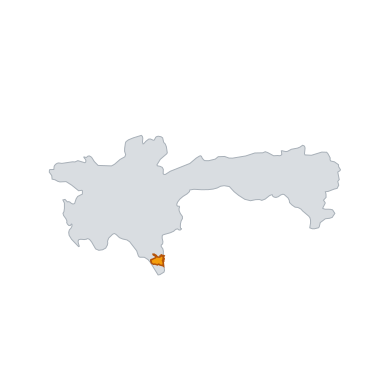 Kenethao, Xaignabouri, Laos (highlighted), rotated 305°
{"feature_id": "54806243B29120113935386", "entity_name": "Kenethao", "entity_type": "district", "adm_level": 2, "iso_a3": "LAO", "parent_name": "Laos", "parent_adm1": "Xaignabouri", "projection": "orthographic", "projection_center": [101.393, 17.858], "detail": "fine", "context": "in_parent", "style": "filled", "palette": "amber", "viewbox_px": 384, "rotation_deg": 305, "n_neighbors": 0, "source": "geoboundaries", "source_scale": "gbopen_adm2", "svg_char_len": 6590}
<svg xmlns="http://www.w3.org/2000/svg" viewBox="0 0 384 384"><g transform="rotate(305 192 192)"><path d="M139.3,66.1L140.8,69.0L148.2,76.8L149.5,78.9L152.2,80.5L154.5,87.4L155.4,87.8L156.6,87.3L157.5,86.3L158.3,83.6L158.8,83.4L159.6,85.6L161.7,86.2L162.6,87.1L162.9,88.8L162.6,90.5L160.9,94.5L159.9,99.8L167.2,111.1L170.2,112.6L177.4,114.4L182.3,116.8L184.6,116.2L186.7,113.4L189.3,111.7L194.1,109.3L195.5,109.1L198.2,110.0L202.6,112.8L209.3,118.0L209.1,119.4L207.9,120.8L204.4,122.9L203.3,124.3L204.0,124.8L207.0,125.1L210.5,126.2L211.6,127.6L212.2,130.7L212.9,131.3L216.1,130.9L217.1,131.3L218.3,132.3L219.5,134.9L219.5,136.9L216.4,140.4L216.0,142.5L214.4,145.0L210.0,149.2L208.9,149.4L200.6,147.3L194.1,147.7L193.6,148.6L194.7,151.1L195.1,153.5L194.1,155.5L190.4,157.9L190.3,159.0L191.1,160.1L196.5,162.3L214.2,173.9L222.2,176.0L225.7,177.5L226.6,178.3L226.6,179.3L225.7,180.7L225.0,183.0L225.0,184.4L225.9,185.8L227.3,187.8L232.3,192.2L235.9,193.2L239.8,198.3L241.0,202.8L242.9,205.7L252.3,215.3L260.0,221.1L264.7,227.5L267.0,228.9L267.7,231.3L268.5,238.1L271.2,241.5L271.8,242.8L273.0,243.8L274.3,244.0L276.9,241.6L277.4,242.0L278.8,245.5L279.9,246.8L284.0,248.9L288.4,253.2L290.7,254.7L293.7,255.8L294.1,257.2L293.6,258.6L292.7,259.5L287.8,262.2L287.2,263.3L290.6,268.8L299.1,275.4L301.8,279.5L301.3,281.5L299.2,285.6L297.5,286.7L297.0,288.0L298.4,291.3L298.4,296.3L296.8,297.6L295.5,300.7L294.4,301.0L291.9,300.0L286.6,305.5L284.3,305.3L281.7,308.3L278.2,308.8L275.8,306.7L270.6,303.2L268.7,301.1L267.1,303.0L264.5,304.9L260.7,304.4L259.7,307.1L259.0,307.6L254.4,308.2L253.5,308.6L254.3,311.0L257.1,315.1L258.0,317.4L256.4,321.3L251.6,321.4L249.4,319.8L246.6,316.6L240.5,314.6L236.4,316.2L235.2,316.1L232.1,313.4L230.9,311.7L230.2,309.0L234.8,306.8L237.1,305.1L238.6,303.3L239.2,301.4L239.9,293.7L240.5,291.0L240.1,287.7L238.7,285.1L238.7,281.2L239.3,278.0L241.0,276.4L242.2,274.1L242.8,269.0L242.3,267.7L240.5,266.4L237.5,265.3L235.7,263.9L234.9,262.1L234.9,260.5L235.8,259.1L233.6,257.6L228.2,256.0L225.2,254.0L224.6,251.7L222.3,248.6L218.4,244.9L216.3,239.4L216.0,232.2L216.4,226.3L217.9,219.5L215.6,214.7L213.1,212.1L209.7,210.3L206.5,207.6L203.4,204.1L199.6,198.9L195.3,192.0L192.4,189.0L190.9,189.7L187.8,189.1L183.1,187.1L179.0,186.1L175.5,186.0L173.3,186.5L172.2,187.5L172.2,188.6L173.0,189.6L172.6,190.4L170.8,191.0L169.3,192.2L167.7,194.7L166.5,198.1L164.8,199.4L162.1,199.7L159.5,200.7L156.9,202.3L155.7,203.5L155.9,204.4L155.3,204.6L154.0,204.1L153.4,203.0L153.5,201.3L152.1,200.1L149.4,199.5L146.3,197.7L140.4,192.9L139.1,192.7L137.1,194.0L134.6,196.7L132.6,197.7L130.9,197.2L129.6,198.1L128.8,200.6L127.1,202.5L119.2,207.7L112.1,214.4L110.3,215.0L105.9,213.1L104.6,211.8L110.5,198.1L111.4,194.8L111.2,190.4L108.7,186.8L108.6,185.7L109.0,184.6L112.1,180.4L115.5,169.5L115.4,166.1L113.8,162.3L113.0,158.8L113.7,154.0L113.4,152.1L111.8,151.2L106.4,150.2L103.3,151.0L101.8,152.3L100.0,153.1L96.6,153.5L93.4,151.9L90.8,149.1L90.1,145.7L93.5,138.4L94.3,135.6L94.3,134.3L93.7,132.9L92.9,132.7L91.2,131.0L89.5,128.0L88.0,126.6L86.5,126.8L85.1,128.0L82.9,130.8L82.2,130.4L84.2,120.4L86.1,116.1L88.3,114.1L90.6,113.3L93.0,113.6L95.1,113.3L96.7,112.2L96.6,111.6L94.6,111.5L93.9,110.3L94.3,108.2L95.2,106.8L96.5,106.2L97.8,104.0L99.1,100.3L100.6,98.5L102.4,98.4L105.4,96.9L109.8,93.8L111.4,90.8L113.1,92.2L112.4,95.6L113.3,96.4L113.7,97.6L113.5,99.6L113.8,101.2L114.5,102.0L115.4,102.4L120.0,101.0L122.8,100.9L127.4,103.4L130.2,101.5L130.2,100.8L128.0,98.4L128.6,89.6L128.3,82.9L124.5,78.0L123.8,76.0L123.4,72.7L122.3,70.0L125.0,67.7L126.4,63.7L128.3,62.6L128.9,62.8L131.2,65.9L134.1,64.3L136.3,64.3L138.2,65.1L139.3,66.1Z" fill="#d9dde1" stroke="#a8b0b8" stroke-width="1"/><path d="M114.9,211.2L115.0,211.1L115.2,210.9L115.2,211.0L115.3,211.0L115.4,210.8L115.5,210.7L115.6,210.4L115.8,210.3L116.0,210.3L116.2,210.2L116.1,209.9L116.2,209.7L116.4,209.6L116.6,209.7L116.8,209.7L117.0,209.6L117.3,209.4L117.5,209.2L117.6,208.9L117.8,208.9L118.0,208.8L118.2,208.6L118.2,208.4L118.3,208.4L118.5,208.4L118.7,208.5L118.8,208.7L118.8,208.8L118.9,208.6L119.0,208.6L118.9,208.3L118.9,208.2L119.1,208.0L119.2,207.9L119.3,207.9L119.5,207.9L119.7,207.7L119.4,207.5L119.2,207.5L118.9,207.6L118.7,207.4L118.8,207.2L119.1,207.2L119.3,207.2L119.3,207.3L119.4,207.2L119.5,207.1L119.8,207.3L120.0,207.2L120.1,207.3L120.1,207.2L120.3,207.1L120.4,206.9L120.5,206.8L120.7,206.7L120.8,206.6L121.0,206.5L121.1,206.4L121.2,206.5L121.0,206.8L121.3,206.8L121.4,207.0L121.3,207.3L121.2,207.4L121.3,207.5L121.5,207.4L121.5,207.2L121.7,206.9L121.6,206.7L121.8,206.6L121.9,206.4L122.0,206.3L122.1,206.2L122.3,206.0L122.3,205.9L122.5,206.0L122.8,206.0L122.8,205.9L123.0,205.8L123.0,205.7L123.3,205.5L123.5,205.6L123.8,205.7L123.8,205.4L123.7,205.3L123.6,205.2L123.4,205.0L123.2,205.0L123.2,204.9L123.2,204.7L122.9,204.8L122.7,204.7L122.5,204.3L122.5,204.2L122.6,203.9L122.8,203.5L122.9,203.4L123.0,203.1L122.9,202.9L122.7,202.8L122.4,203.0L122.1,203.3L121.8,203.5L121.7,203.5L121.5,203.4L121.5,203.1L121.4,202.9L121.4,202.7L121.2,202.5L120.9,202.8L120.7,203.0L120.2,203.0L120.0,202.8L119.9,202.6L119.7,202.3L119.6,202.0L119.5,201.9L119.3,201.7L119.1,201.5L119.1,201.2L119.1,200.9L119.1,200.7L119.1,200.4L119.3,199.8L119.4,199.4L119.5,199.1L119.5,198.7L119.5,198.4L119.5,198.2L119.4,197.9L119.4,197.6L119.4,197.3L119.4,197.1L119.4,196.9L119.4,196.7L119.2,196.5L119.2,196.4L119.0,196.2L118.9,196.0L118.8,195.9L118.7,195.8L118.6,196.0L118.4,196.2L118.4,196.4L118.3,196.5L118.3,196.9L118.4,197.2L118.4,197.4L118.4,197.6L118.4,197.9L118.5,198.1L118.5,198.3L118.5,198.6L118.4,198.7L118.3,199.1L118.3,199.4L118.3,199.7L118.2,199.8L117.8,199.9L117.6,199.9L117.3,199.8L117.1,199.7L116.9,199.7L116.7,199.6L116.5,199.4L116.3,199.4L116.1,199.2L115.6,198.9L115.1,198.6L114.9,198.5L114.8,198.4L114.7,198.4L114.4,198.3L114.2,198.3L114.0,198.1L113.8,197.9L113.7,197.8L113.6,197.6L113.4,197.4L113.2,197.3L112.7,197.2L112.4,197.4L112.3,197.5L112.1,197.8L112.1,198.0L111.9,198.2L111.7,198.0L111.4,198.3L111.3,198.5L111.2,198.5L110.9,199.0L110.7,199.2L110.7,199.5L110.6,199.8L110.6,200.0L110.6,200.3L110.6,200.5L110.6,200.9L110.6,201.1L110.7,201.7L110.7,201.9L110.8,202.1L111.1,202.4L111.4,202.6L111.5,202.7L111.6,202.9L111.7,203.0L111.8,203.4L111.9,203.8L112.0,204.0L112.2,204.6L112.4,205.4L112.5,205.6L112.9,205.7L113.2,205.7L113.4,205.8L113.6,205.9L113.7,206.0L113.8,206.2L113.9,206.3L113.9,206.5L113.7,206.7L113.7,206.9L113.7,207.1L113.8,207.2L113.8,207.4L113.8,207.6L114.2,208.6L114.4,209.1L114.7,209.9L114.8,210.1L114.9,210.4L114.9,210.6L114.9,210.9L114.9,211.2Z" fill="#f59e0b" stroke="#b45309" stroke-width="1.5"/></g></svg>